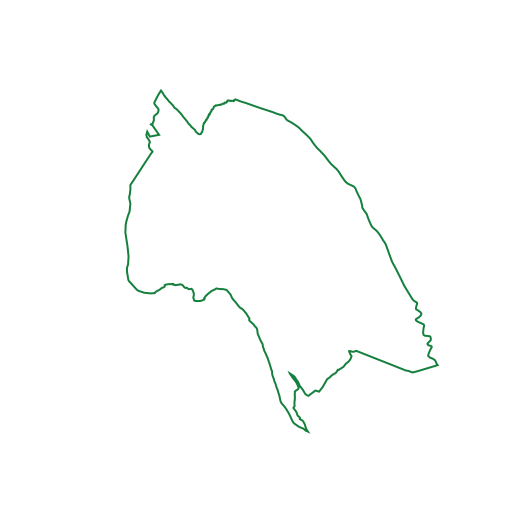 San Miguel De Sema, Boyacá, Colombia (Equal Earth projection), rotated 147°
{"feature_id": "7082276B37024957383314", "entity_name": "San Miguel De Sema", "entity_type": "district", "adm_level": 2, "iso_a3": "COL", "parent_name": "Colombia", "parent_adm1": "Boyacá", "projection": "equal_earth", "projection_center": [-73.733, 5.533], "detail": "fine", "context": "isolated", "style": "outline", "palette": "green", "viewbox_px": 512, "rotation_deg": 147, "n_neighbors": 0, "source": "geoboundaries", "source_scale": "gbopen_adm2", "svg_char_len": 6089}
<svg xmlns="http://www.w3.org/2000/svg" viewBox="0 0 512 512"><g transform="rotate(147 256 256)"><path d="M361.2,280.0L360.4,280.4L358.6,280.5L357.7,280.5L355.5,280.2L352.3,280.5L350.6,280.0L349.4,280.1L348.9,280.4L348.4,281.3L347.5,281.2L345.0,280.2L342.3,278.5L340.7,277.8L340.6,277.6L341.0,277.0L339.6,275.5L336.1,273.9L334.9,273.6L334.6,273.0L333.6,271.8L333.4,271.4L333.3,270.6L333.2,269.0L333.1,268.6L332.7,267.8L332.2,267.4L331.6,267.3L331.3,267.0L330.9,265.6L330.6,265.0L330.1,264.5L328.1,263.7L327.9,263.3L327.7,262.3L327.9,261.1L328.6,258.3L329.8,256.6L330.6,256.0L331.3,255.1L331.6,254.2L331.6,253.5L332.0,252.5L332.0,252.0L330.3,250.5L327.4,248.7L326.3,248.3L323.2,247.7L322.4,248.1L322.4,248.8L321.8,249.0L320.8,249.6L319.7,249.9L315.5,250.6L313.8,250.6L312.7,250.9L311.7,250.8L311.2,250.6L309.5,250.6L309.0,250.3L307.0,250.4L305.3,248.8L302.8,246.9L302.2,246.6L300.9,245.4L299.4,243.8L299.0,242.7L298.4,238.0L298.4,237.0L298.9,234.3L298.9,231.9L298.6,230.8L298.2,227.5L297.9,223.4L297.4,220.9L296.3,219.0L296.0,217.4L295.5,213.1L295.6,208.3L295.5,207.5L295.7,206.9L296.6,206.1L296.7,205.4L295.2,199.4L295.3,198.6L295.3,197.8L294.8,196.1L294.8,194.8L294.9,194.1L295.2,193.4L297.1,189.4L297.3,187.4L298.0,184.2L298.4,180.5L298.4,178.9L298.6,178.2L299.6,176.2L300.2,173.4L300.5,172.7L300.8,171.3L300.9,169.5L301.4,166.9L301.9,163.4L302.4,162.0L303.2,158.5L305.2,151.8L305.2,151.0L305.3,150.6L306.8,148.0L307.5,145.8L308.0,143.3L308.6,141.6L309.0,139.8L309.1,138.6L310.3,134.7L310.6,132.9L311.4,129.9L311.8,128.8L312.4,126.4L314.5,120.9L314.8,118.5L314.4,116.3L314.1,113.5L314.0,111.2L314.2,105.7L315.3,97.9L315.4,95.9L315.0,94.3L313.3,90.1L312.6,88.7L310.6,85.9L309.9,84.3L309.5,82.6L308.1,80.5L308.1,83.5L306.7,88.7L306.5,91.4L306.7,92.7L308.1,95.4L307.8,95.9L307.4,96.1L307.2,96.7L308.0,99.4L307.8,100.5L307.3,102.2L307.1,104.0L307.4,108.0L307.2,108.4L305.6,108.9L303.5,112.3L301.6,114.5L299.4,117.8L299.0,118.8L297.7,120.3L297.6,120.7L297.3,121.1L296.1,121.4L293.2,121.4L292.8,121.5L292.0,122.3L291.8,122.9L291.3,125.8L291.1,127.5L291.1,129.4L291.3,131.8L291.6,134.0L291.5,135.8L291.7,138.4L291.6,139.1L290.0,135.4L289.4,133.6L289.5,129.9L289.3,128.3L289.5,126.2L290.0,123.6L290.0,123.0L289.6,118.8L289.8,113.6L289.7,113.0L288.8,111.0L288.3,110.3L287.8,110.1L285.5,110.4L279.4,110.8L277.0,107.9L271.1,109.9L269.6,110.8L263.5,113.9L263.0,114.0L260.3,114.0L258.8,114.4L255.8,114.7L253.5,114.5L252.2,114.6L249.4,116.0L248.9,115.4L247.9,115.5L243.6,115.4L243.0,115.4L239.7,116.6L235.5,117.1L232.7,118.2L230.4,120.0L230.4,122.2L230.2,123.4L229.9,125.2L229.7,125.5L228.7,124.9L227.8,123.7L226.9,122.9L225.4,122.2L223.7,122.0L192.7,78.4L191.6,77.4L190.4,76.1L188.2,73.1L184.6,71.8L163.1,65.5L163.2,67.2L162.7,70.2L162.7,71.2L163.5,73.2L164.5,74.8L165.3,75.8L165.8,77.3L166.0,78.5L165.6,79.0L163.3,80.9L161.3,82.2L158.2,83.9L158.0,84.6L158.3,85.5L159.1,86.1L160.1,87.5L160.2,88.3L160.1,88.9L159.6,89.3L156.6,89.9L155.7,90.1L155.2,90.4L154.5,91.3L154.0,92.4L153.8,93.2L153.9,94.0L157.9,97.3L158.3,98.3L158.3,99.1L158.0,100.0L157.1,101.3L154.9,104.1L153.1,105.8L152.7,106.7L152.7,107.4L156.4,113.3L156.8,114.4L156.8,115.2L156.5,115.8L155.3,115.9L152.6,115.9L150.7,116.2L149.6,116.7L148.9,117.3L148.6,118.2L148.7,119.4L149.2,120.6L149.7,121.9L150.7,124.1L150.4,125.1L146.9,128.3L146.5,128.9L146.6,129.7L147.8,132.1L148.2,133.4L148.3,135.4L147.9,150.1L146.5,161.5L145.7,168.5L145.0,177.3L140.9,194.8L140.7,197.1L140.9,199.6L140.7,203.1L140.7,207.9L141.1,211.3L142.7,216.6L142.7,218.8L141.9,223.9L141.1,227.9L140.3,230.8L140.6,236.4L140.5,238.7L139.5,240.5L137.4,246.8L137.1,250.4L136.5,255.0L135.8,258.4L136.0,260.8L138.9,265.5L139.8,267.1L140.6,270.1L140.8,277.1L140.7,281.2L141.0,284.9L142.0,288.4L143.0,292.7L143.4,296.6L143.9,303.0L145.0,309.2L146.0,313.5L146.5,319.0L146.6,324.8L147.5,329.3L149.0,335.1L150.1,340.3L152.0,345.2L153.7,348.9L155.0,351.2L155.9,353.0L156.2,354.8L156.1,356.1L156.3,357.9L157.4,360.0L159.0,361.5L161.3,364.3L163.5,367.4L171.9,377.8L181.3,390.0L184.7,394.0L187.9,398.5L188.8,398.6L189.3,398.4L189.7,398.6L190.3,398.0L190.5,398.1L191.5,399.2L192.1,399.6L192.5,399.6L192.7,400.0L193.2,400.1L193.9,401.0L194.9,401.8L195.3,401.8L195.7,401.3L196.2,401.4L196.6,401.3L197.0,400.8L197.4,400.8L198.8,401.7L199.7,401.1L200.2,401.2L200.6,401.7L202.1,402.0L202.9,401.8L203.3,402.0L203.5,402.4L204.2,402.5L205.1,403.1L205.9,403.3L206.9,403.5L207.4,404.1L207.9,404.3L208.7,404.0L209.4,404.2L210.1,404.1L211.5,403.0L212.3,402.6L212.8,402.6L213.2,402.9L213.6,402.9L214.3,402.1L214.7,401.5L216.0,401.4L216.8,400.6L217.2,400.6L217.7,400.0L218.0,400.1L218.3,400.4L218.7,400.2L218.7,399.7L219.4,399.6L220.0,398.9L220.5,398.5L221.0,398.7L222.0,397.7L223.0,397.6L223.5,397.1L223.8,397.3L224.5,396.7L225.5,396.5L226.1,395.9L227.1,395.9L227.5,395.4L228.0,395.3L229.8,393.6L230.5,392.4L231.4,391.2L232.8,390.2L233.6,389.3L234.7,389.1L235.7,388.4L236.3,388.5L236.9,388.8L237.4,389.2L237.9,389.8L238.1,391.0L238.7,392.5L238.7,393.4L238.6,394.3L238.6,395.1L239.1,397.1L239.8,399.3L239.9,400.2L239.9,401.7L240.5,403.4L240.5,406.5L241.3,413.1L241.3,414.9L241.7,417.5L242.6,422.3L243.7,424.9L243.6,427.2L244.4,431.6L244.7,432.4L245.0,435.9L245.5,438.7L245.3,439.4L245.6,440.2L245.6,441.5L245.4,442.8L245.5,445.7L245.6,446.5L250.5,444.2L257.6,440.1L258.2,439.3L258.3,438.4L258.2,436.0L257.8,433.1L258.0,431.8L258.5,431.2L259.4,430.2L260.7,429.4L262.3,429.1L263.0,429.2L264.6,428.9L266.0,428.3L266.4,427.5L266.9,426.9L267.6,425.6L270.5,423.3L270.9,423.2L272.3,423.7L272.5,423.6L271.7,422.0L271.3,410.4L280.0,414.0L279.5,419.5L282.0,417.3L282.8,415.0L282.6,411.9L282.9,409.4L284.8,408.0L285.9,406.6L286.6,404.9L286.5,403.3L285.9,400.6L286.0,399.8L288.0,399.2L320.9,384.7L322.5,384.1L322.8,383.8L325.6,379.5L326.5,378.6L328.3,376.3L329.0,375.8L330.3,374.5L331.3,372.4L332.8,368.4L336.3,364.0L338.3,361.7L340.0,360.6L342.5,358.6L346.2,355.3L348.7,352.7L350.1,350.5L352.7,347.0L358.5,334.1L363.1,325.1L367.8,318.7L370.6,316.4L372.7,313.2L376.1,305.4L376.2,304.2L374.2,292.0L373.2,290.4L369.8,286.1L364.6,281.9L361.4,280.2L361.2,280.0Z" fill="none" stroke="#15803d" stroke-width="2"/></g></svg>